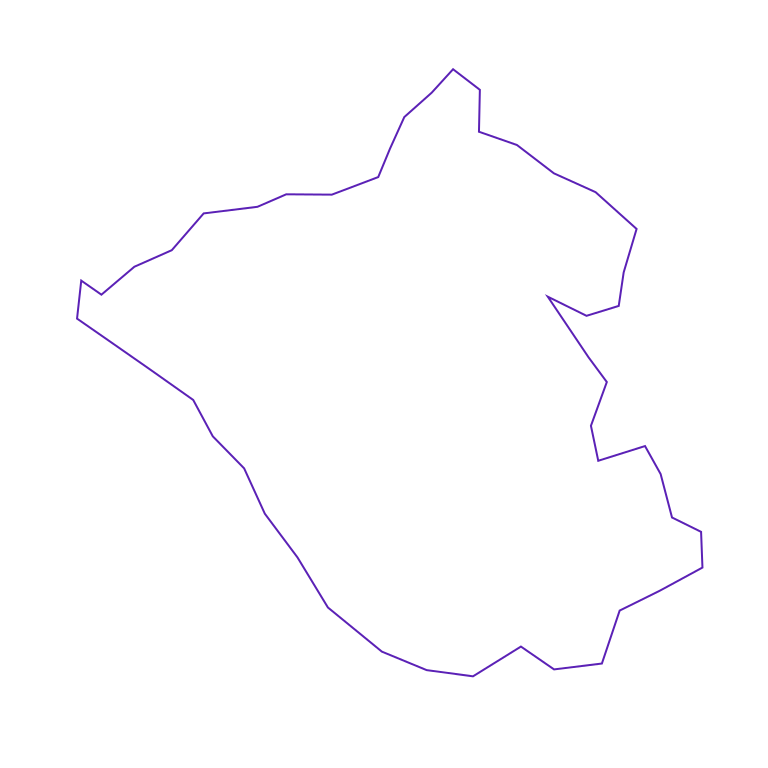 the district of Meniko, Nicosia, Cyprus, rotated 263°
{"feature_id": "46923920B66870539370935", "entity_name": "Meniko", "entity_type": "district", "adm_level": 2, "iso_a3": "CYP", "parent_name": "Cyprus", "parent_adm1": "Nicosia", "projection": "natural_earth1", "projection_center": [33.147, 35.101], "detail": "fine", "context": "isolated", "style": "outline", "palette": "violet", "viewbox_px": 768, "rotation_deg": 263, "n_neighbors": 0, "source": "geoboundaries", "source_scale": "gbopen_adm2", "svg_char_len": 759}
<svg xmlns="http://www.w3.org/2000/svg" viewBox="0 0 768 768"><g transform="rotate(263 384 384)"><path d="M523.5,96.1L486.3,87.3L456.7,120.4L427.0,153.5L391.4,192.7L352.9,207.7L317.3,234.9L269.8,249.9L222.4,277.0L169.0,301.1L118.6,349.3L94.8,391.5L83.0,436.7L106.7,487.9L80.0,518.0L80.0,566.2L130.4,590.3L145.2,632.5L163.0,677.7L198.6,680.7L216.4,653.6L260.9,647.6L290.6,635.5L281.7,587.3L317.3,584.3L358.8,605.4L385.5,590.3L450.7,557.2L427.0,593.3L432.9,626.5L465.6,635.5L507.1,653.6L548.6,617.4L572.4,578.3L605.0,545.1L622.8,509.0L664.3,515.0L688.0,490.9L667.3,466.8L646.5,436.7L616.8,418.6L590.1,403.5L578.3,355.3L584.2,310.1L575.3,280.0L575.3,225.8L542.7,189.7L530.8,150.5L507.1,114.4L523.5,96.1Z" fill="none" stroke="#5b21b6" stroke-width="2"/></g></svg>